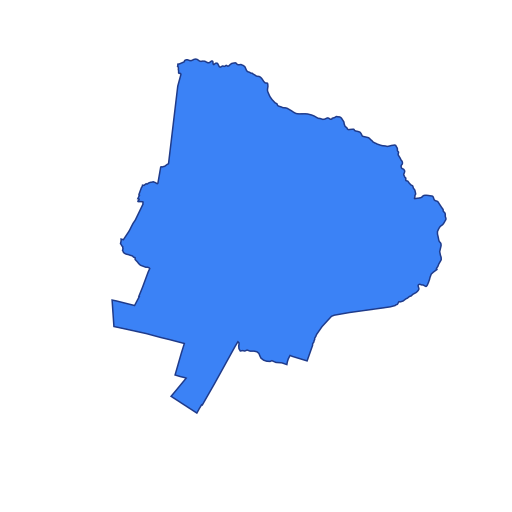 Filipestii De Padure, Prahova, Romania (Equal Earth projection), rotated 120°
{"feature_id": "2599482B38308442740550", "entity_name": "Filipestii De Padure", "entity_type": "district", "adm_level": 2, "iso_a3": "ROU", "parent_name": "Romania", "parent_adm1": "Prahova", "projection": "equal_earth", "projection_center": [25.71, 44.993], "detail": "fine", "context": "isolated", "style": "filled", "palette": "blue", "viewbox_px": 512, "rotation_deg": 120, "n_neighbors": 0, "source": "geoboundaries", "source_scale": "gbopen_adm2", "svg_char_len": 6059}
<svg xmlns="http://www.w3.org/2000/svg" viewBox="0 0 512 512"><g transform="rotate(120 256 256)"><path d="M128.3,418.8L128.9,419.6L130.0,419.0L131.5,418.6L130.7,418.5L132.1,417.1L133.5,416.4L134.2,415.7L136.1,414.6L136.2,414.4L136.3,413.9L136.2,413.6L135.8,413.3L135.7,412.5L136.3,411.8L148.0,408.7L219.8,377.9L221.1,378.7L224.1,380.0L224.8,380.9L225.6,381.5L226.1,382.6L226.6,383.0L241.9,377.4L242.6,377.5L242.8,378.0L242.8,380.6L242.9,380.8L243.1,381.2L243.0,381.7L243.1,382.1L244.3,383.3L245.0,384.3L246.6,385.6L247.7,386.0L248.1,386.3L248.3,386.5L248.3,387.2L248.8,387.5L250.8,388.3L251.4,389.7L252.5,389.3L254.1,389.4L261.0,388.2L261.7,387.9L261.7,387.3L265.5,387.0L265.2,386.1L265.2,385.6L265.3,385.5L266.1,385.4L267.4,385.7L267.8,385.5L267.7,384.9L266.7,383.3L265.7,381.2L265.7,380.9L265.9,380.7L267.1,380.2L267.6,379.8L285.3,378.5L289.2,378.8L293.4,378.6L296.4,378.4L298.6,378.4L308.2,379.0L308.8,381.3L310.3,380.4L313.1,379.5L313.4,378.6L314.3,377.2L314.6,376.0L315.7,375.4L316.2,374.8L317.9,374.4L318.4,373.4L319.0,372.8L319.3,371.9L319.4,371.4L319.3,369.4L318.6,367.2L318.3,365.4L317.8,363.4L317.8,362.8L318.2,361.5L317.9,360.0L318.1,359.6L319.1,359.2L319.5,358.8L320.5,355.5L321.2,353.9L321.7,351.8L321.7,351.1L320.8,345.7L320.1,344.7L319.8,343.6L319.7,342.4L320.0,341.7L323.7,341.4L340.0,338.6L349.4,337.3L349.5,337.3L349.5,336.8L359.6,336.4L364.7,354.4L366.1,358.6L388.1,343.8L378.0,312.1L374.3,298.1L371.6,289.0L367.6,274.3L377.0,272.2L399.5,266.6L398.3,261.4L396.9,256.7L396.7,255.4L413.3,258.2L420.0,259.4L421.6,228.7L416.1,228.8L412.0,228.7L411.9,228.0L387.2,228.1L344.5,228.9L339.3,228.8L339.7,227.4L340.8,226.6L342.4,226.1L344.8,224.4L346.1,222.1L344.6,220.3L343.9,218.2L341.9,216.7L341.3,213.5L339.4,210.2L338.5,207.4L338.9,204.8L340.5,202.8L342.0,200.6L342.4,197.3L341.8,194.2L340.3,191.1L338.7,189.9L338.2,185.5L335.6,180.2L334.6,175.0L332.1,175.9L329.0,176.6L325.1,176.8L324.8,174.5L321.3,159.3L305.2,162.3L303.6,163.1L301.6,162.9L300.2,163.4L299.1,163.4L297.8,164.1L295.6,164.0L294.9,164.2L293.4,164.3L284.0,163.5L270.5,160.5L268.1,158.6L258.3,146.9L232.9,114.3L229.7,111.1L229.4,110.8L228.3,110.4L227.7,109.8L227.1,109.4L224.1,109.4L223.5,108.0L221.4,106.1L218.2,104.8L216.8,103.8L214.7,103.0L214.2,102.8L213.1,101.7L210.7,101.0L207.8,99.2L206.2,98.6L204.7,98.3L203.1,98.4L202.4,99.0L201.1,100.4L200.4,100.9L199.7,100.9L199.3,100.7L198.7,100.2L198.5,99.8L198.3,98.3L197.6,96.9L197.5,96.1L197.5,93.9L197.1,93.3L195.7,93.1L192.8,93.4L189.6,94.0L187.6,94.6L184.0,95.2L181.2,94.3L178.0,92.9L177.4,92.6L176.6,92.4L177.2,92.9L177.2,93.2L176.4,93.5L174.0,93.3L171.7,93.7L167.0,93.7L166.3,93.9L164.5,95.1L163.2,96.6L160.4,99.1L154.5,100.9L153.1,101.8L152.5,102.5L152.1,103.7L151.6,104.8L150.8,105.7L148.5,107.7L146.3,109.8L144.1,111.1L140.9,111.4L138.7,111.3L137.9,111.1L135.7,110.1L134.2,109.8L130.3,109.8L129.5,109.8L128.5,110.3L128.1,110.7L127.3,111.7L125.0,113.1L124.2,114.1L123.6,116.2L122.1,117.3L120.8,120.2L118.2,125.3L118.0,125.9L118.0,126.3L118.4,128.4L118.3,129.6L117.8,130.3L116.4,131.9L116.0,132.7L116.0,133.4L116.8,135.4L117.5,137.2L118.2,138.8L119.2,140.4L119.8,141.0L120.7,141.5L121.5,141.8L122.1,141.7L123.1,142.5L124.6,144.1L125.2,145.0L126.9,147.1L127.0,147.4L126.7,147.7L125.5,147.9L124.2,148.6L122.5,148.7L122.1,149.0L119.5,151.4L118.5,153.7L117.4,154.8L117.0,155.3L116.9,155.7L117.0,157.1L116.8,157.9L116.2,160.0L115.5,161.4L115.3,162.1L115.7,163.6L115.5,164.2L113.7,165.2L113.5,165.5L113.5,166.2L113.4,166.5L112.6,167.5L112.1,168.4L111.6,168.8L110.7,169.1L110.0,169.1L109.2,169.3L108.2,169.6L107.9,169.9L107.3,170.9L107.1,171.4L107.1,172.2L107.2,173.1L107.2,173.5L107.0,174.0L106.2,174.9L105.3,175.4L104.5,175.5L103.5,175.3L102.8,175.4L102.0,175.8L101.4,176.3L100.8,177.1L100.4,178.3L99.2,180.0L97.4,183.3L96.6,183.9L95.4,184.2L94.8,184.5L94.1,186.2L92.4,187.2L91.7,188.0L91.0,189.4L90.4,190.2L90.4,190.6L90.5,191.3L90.8,191.7L92.6,194.0L94.4,195.8L95.5,197.1L96.0,198.9L97.3,201.8L97.8,203.6L98.5,207.2L98.5,208.6L98.7,209.7L98.7,210.6L98.7,211.8L98.1,213.4L98.0,214.5L97.4,216.6L97.3,217.7L97.5,218.5L98.9,223.2L99.0,223.8L98.7,224.4L97.8,225.6L97.3,226.6L96.9,227.4L96.8,228.1L97.2,230.1L97.8,231.8L98.0,233.0L97.9,233.6L97.4,234.4L97.5,235.1L99.5,238.0L100.1,238.7L100.4,239.4L100.3,240.3L99.6,241.3L99.4,242.0L99.3,243.3L99.1,243.8L97.6,245.6L96.0,246.9L95.5,247.8L93.9,250.9L93.7,251.9L93.7,252.7L93.8,253.3L94.6,254.9L94.8,255.7L95.1,256.2L96.9,257.2L98.4,258.7L98.7,258.9L99.4,258.8L100.1,259.4L100.4,260.1L100.3,261.9L100.4,262.5L100.8,263.3L103.2,265.0L104.3,266.5L104.9,269.4L105.5,270.5L105.6,271.0L105.7,271.9L105.7,275.8L106.1,278.4L107.2,282.3L108.3,284.6L111.4,289.8L112.1,291.3L112.6,292.7L112.7,295.3L112.5,297.9L112.5,302.8L112.9,304.4L114.1,306.9L114.3,308.8L114.9,311.4L114.9,312.0L114.7,312.7L113.7,314.0L113.8,316.1L112.5,320.4L111.0,323.6L110.1,324.9L107.9,327.9L107.1,328.7L105.9,329.4L103.1,330.5L101.2,331.8L100.7,332.4L100.7,333.0L101.2,333.7L101.3,334.0L101.5,334.7L101.4,335.1L101.0,336.6L100.0,338.5L99.4,339.8L99.1,340.8L98.9,341.9L99.0,343.2L99.7,344.7L100.0,345.7L99.8,347.7L99.9,349.3L99.7,350.0L99.6,350.5L99.8,351.0L100.1,351.6L100.2,352.2L100.1,353.3L100.5,355.2L100.5,355.8L99.9,357.2L98.1,359.6L97.6,360.4L97.4,362.2L97.7,364.8L99.0,366.5L99.4,367.4L99.4,368.3L98.9,370.0L99.0,370.4L99.8,371.5L101.4,373.3L103.1,374.1L104.7,374.5L105.4,375.0L105.8,375.5L105.7,376.6L105.8,377.1L106.2,377.4L107.0,377.7L107.6,378.2L107.8,378.6L108.0,379.6L108.3,380.1L110.2,381.2L110.4,381.7L110.4,382.5L108.7,385.1L108.5,385.7L108.5,386.2L108.8,386.8L109.2,387.3L109.9,387.7L111.2,388.1L111.4,388.4L111.4,388.7L110.9,389.3L109.2,390.6L109.0,391.0L109.0,391.3L109.3,391.9L110.0,392.3L111.9,393.1L112.4,393.7L112.8,394.6L112.7,394.8L112.9,395.6L112.8,396.9L113.1,398.2L114.1,400.0L114.9,400.8L115.3,401.8L115.4,402.5L115.2,404.5L115.2,405.3L115.6,406.7L116.7,408.0L118.5,409.2L119.2,409.8L119.9,411.0L120.0,411.8L120.3,413.4L120.8,414.3L121.2,414.7L121.9,415.3L122.3,415.3L122.5,415.5L123.6,415.3L124.1,415.5L127.7,418.2L128.3,418.8Z" fill="#3b82f6" stroke="#1e3a8a" stroke-width="1.5"/></g></svg>